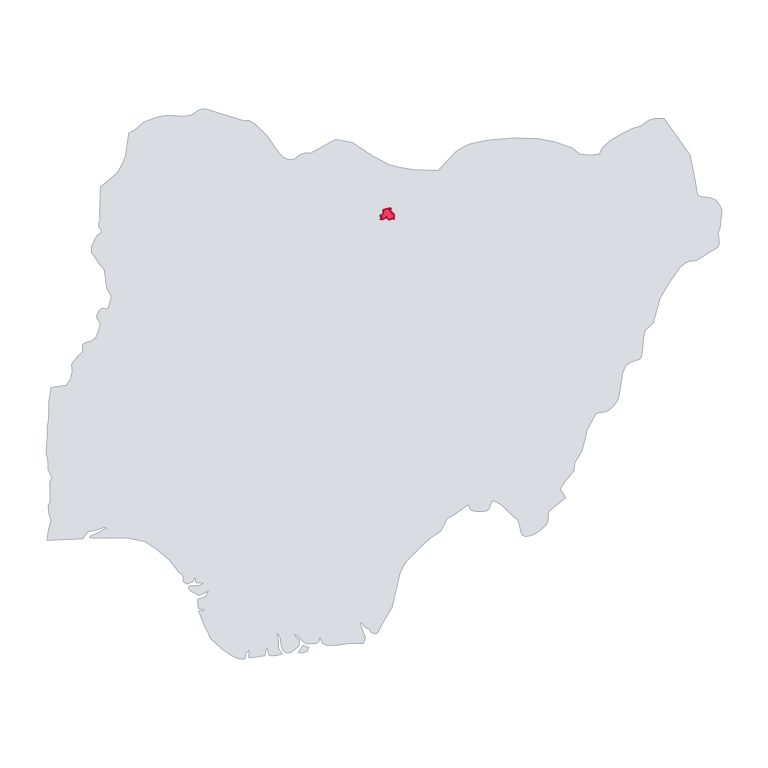 Gezawa, Kano, Nigeria shown in context
{"feature_id": "59680162B10012275275709", "entity_name": "Gezawa", "entity_type": "district", "adm_level": 2, "iso_a3": "NGA", "parent_name": "Nigeria", "parent_adm1": "Kano", "projection": "mercator", "projection_center": [8.662, 12.062], "detail": "fine", "context": "in_parent", "style": "filled", "palette": "rose", "viewbox_px": 768, "rotation_deg": 0, "n_neighbors": 0, "source": "geoboundaries", "source_scale": "gbopen_adm2", "svg_char_len": 5857}
<svg xmlns="http://www.w3.org/2000/svg" viewBox="0 0 768 768"><path d="M664.1,118.5L690.0,154.9L695.5,181.9L697.6,195.2L701.9,196.8L709.9,197.5L715.8,200.2L719.3,204.6L721.5,208.7L721.9,211.2L720.2,227.3L718.2,233.1L719.3,241.1L719.0,244.5L718.1,246.8L714.5,249.5L709.6,252.1L697.9,259.7L694.5,260.9L689.6,261.1L685.4,263.0L680.3,267.1L669.4,282.5L660.1,298.0L653.3,322.9L645.1,330.7L643.6,337.6L642.3,353.1L641.1,357.8L639.8,359.2L630.9,362.1L625.8,365.7L622.8,372.7L618.9,396.6L617.5,400.6L614.6,404.7L610.1,409.2L606.2,411.7L596.1,413.3L586.4,431.2L586.3,434.4L582.1,450.7L574.7,462.9L574.1,470.8L564.9,481.6L560.1,488.9L565.0,496.6L565.4,497.8L549.5,510.8L548.5,512.8L547.9,521.7L546.6,524.1L543.7,527.4L539.4,531.0L535.0,533.8L530.1,535.8L525.3,536.5L522.7,535.4L521.1,532.6L518.5,521.7L517.1,519.3L514.0,517.2L501.8,505.1L494.3,500.9L492.8,501.2L491.5,502.3L489.4,508.4L487.3,510.7L483.4,511.4L476.6,511.5L471.7,510.6L470.5,509.4L468.2,504.7L452.9,515.7L447.6,518.1L440.8,531.1L431.2,537.6L424.6,543.2L406.8,560.9L403.3,566.1L399.8,573.9L392.2,607.1L380.0,627.8L378.3,632.2L377.6,632.0L376.0,633.9L371.3,632.7L369.1,628.9L366.2,628.2L361.1,622.6L360.1,623.5L365.4,637.8L363.4,643.4L348.5,643.5L335.6,645.4L326.7,645.2L322.3,643.2L320.3,637.9L319.5,638.4L319.1,641.3L316.3,643.5L306.3,644.0L301.9,640.3L298.4,636.2L294.6,634.4L295.2,636.1L299.5,640.1L299.0,645.9L291.0,652.5L285.9,652.9L282.8,650.0L281.1,645.4L280.3,638.4L278.2,633.9L277.1,633.9L278.5,641.4L278.5,648.4L282.3,653.9L276.5,655.6L269.5,655.8L268.6,653.7L267.7,649.2L266.5,648.0L265.0,655.7L250.6,657.8L248.6,657.5L248.1,656.1L249.2,654.0L249.0,650.5L245.8,653.2L245.3,658.5L243.5,659.3L238.0,658.6L232.0,655.8L222.2,649.2L210.3,638.3L208.4,633.4L205.0,627.4L198.7,611.0L199.9,610.2L202.6,611.1L204.0,609.5L199.0,608.4L198.0,607.2L197.7,603.6L197.9,599.1L205.4,596.8L207.1,594.1L208.2,591.3L198.9,595.5L190.2,590.8L188.3,588.0L189.3,585.8L199.3,585.6L202.9,583.5L200.7,582.8L196.9,582.9L195.5,581.5L195.6,578.1L194.3,578.8L192.7,581.8L186.8,584.0L183.4,581.8L183.1,576.9L182.3,574.7L179.4,572.9L169.2,559.9L156.3,549.1L144.9,541.6L127.6,538.0L91.4,538.1L89.4,537.1L91.6,535.4L94.8,534.2L106.4,528.2L104.4,527.4L92.3,531.2L88.2,531.5L82.8,538.8L47.2,540.4L47.3,537.1L48.9,527.5L51.1,520.9L48.7,512.9L48.1,505.6L49.6,503.3L50.1,500.6L49.7,481.9L51.6,479.2L51.7,477.3L48.0,469.3L48.0,463.2L47.3,457.3L46.1,454.6L47.5,431.8L47.0,426.1L48.2,422.1L48.8,412.3L48.7,402.6L51.1,387.4L66.4,385.3L70.1,379.4L72.2,371.8L71.6,364.3L76.5,357.7L82.5,351.9L82.3,345.5L83.9,343.5L86.8,342.0L90.8,341.3L95.4,338.1L97.9,332.5L100.4,323.6L96.5,317.3L96.6,315.9L98.0,312.6L100.4,309.2L102.4,308.2L106.8,309.0L108.2,307.7L111.1,297.8L110.8,295.2L106.7,288.5L104.4,270.6L103.2,268.3L100.0,265.0L91.5,252.4L91.6,246.4L95.2,238.7L97.5,235.0L100.8,233.0L101.5,231.2L100.5,229.0L98.9,227.4L98.5,224.0L100.1,219.2L99.6,213.9L100.5,186.7L107.4,181.4L117.5,172.5L122.6,163.3L125.4,156.2L128.8,132.9L134.2,130.3L144.3,121.8L158.1,116.8L167.0,115.3L182.8,116.3L190.7,115.4L197.5,110.8L200.6,109.5L204.9,108.7L244.1,120.9L247.6,120.3L250.6,121.2L255.5,124.4L267.0,135.7L279.2,153.2L282.9,157.0L286.7,159.0L290.5,159.7L293.5,159.5L296.2,157.8L300.0,154.5L305.8,152.9L310.5,153.2L334.9,139.8L337.2,139.7L352.2,142.5L372.7,156.0L389.3,164.8L401.0,167.7L414.8,169.8L438.3,170.5L456.0,151.6L462.6,147.5L470.5,143.8L487.0,140.3L514.3,137.9L539.9,138.9L555.9,142.2L572.7,148.3L579.9,154.2L591.3,155.2L599.4,154.0L602.1,148.2L610.3,140.5L622.6,133.4L632.6,128.4L640.8,126.1L648.2,120.5L654.0,118.6L664.1,118.5ZM307.3,651.3L301.8,653.1L298.2,652.6L303.1,645.1L305.6,646.7L308.8,647.4L307.3,651.3Z" fill="#d9dde1" stroke="#a8b0b8" stroke-width="1"/><path d="M380.7,219.2L380.8,219.2L381.0,219.2L381.3,219.2L381.3,219.3L381.5,219.3L381.8,219.4L381.8,219.5L382.0,219.5L382.3,219.6L382.5,219.6L382.8,219.5L383.2,219.2L383.9,218.7L384.9,218.5L385.1,218.4L385.4,218.1L385.9,217.4L386.0,216.8L386.5,216.8L386.9,217.1L387.0,217.5L387.2,218.2L387.3,218.5L387.8,218.6L388.1,218.7L388.4,218.7L388.4,219.0L388.5,219.6L388.9,219.6L389.2,219.6L389.4,219.7L389.6,219.7L390.2,219.6L390.4,219.5L390.5,219.5L390.6,219.4L390.8,219.4L391.1,219.3L391.3,219.0L391.6,218.6L391.8,218.7L392.1,218.6L392.7,218.7L392.8,218.7L393.4,218.9L393.8,219.0L394.3,218.9L394.2,218.6L394.0,218.4L393.4,217.9L393.4,217.6L393.6,217.2L393.9,217.2L394.0,217.2L394.4,216.4L394.4,216.2L394.4,215.7L394.2,215.2L393.9,215.0L393.9,214.8L393.9,214.3L393.7,213.9L393.5,213.6L393.3,213.3L393.1,213.4L392.2,213.8L392.0,213.2L391.9,213.0L391.9,212.9L391.8,212.7L391.8,212.4L391.8,212.2L391.7,212.2L391.7,211.9L391.7,211.7L391.4,211.7L391.2,211.7L390.9,211.7L390.7,211.7L390.8,211.5L390.8,211.2L390.6,210.9L390.4,210.8L390.3,210.7L390.0,210.5L390.2,210.2L390.8,209.5L391.1,208.7L390.9,208.3L390.6,208.1L390.1,208.1L389.8,208.0L389.3,208.2L389.4,208.7L389.2,209.0L389.0,208.4L388.9,208.4L388.1,208.6L387.6,208.4L387.3,208.5L386.6,209.1L386.0,209.3L385.8,208.9L385.3,209.2L385.0,209.3L384.9,209.4L384.6,209.5L384.2,209.5L383.8,209.6L383.6,209.6L383.4,209.7L383.4,209.9L383.2,209.9L383.1,210.0L383.3,210.2L383.5,210.8L383.0,211.1L382.9,211.4L382.9,211.7L383.0,211.8L383.2,212.1L383.3,212.3L383.5,212.5L383.4,212.8L383.3,213.0L383.2,213.2L383.1,213.3L382.7,213.9L382.1,214.6L381.8,215.0L381.6,215.2L381.4,215.2L381.3,215.3L381.2,215.3L381.1,215.5L381.0,215.8L381.0,216.0L380.9,216.0L380.7,216.0L380.7,215.9L380.4,215.9L380.3,215.7L380.5,215.7L380.4,215.3L380.2,215.4L380.2,215.5L380.2,215.4L380.2,215.5L380.3,215.6L380.3,215.8L380.3,216.1L380.5,216.0L380.8,216.1L380.9,216.3L380.9,216.5L380.8,216.8L380.9,216.7L381.6,216.7L381.6,216.8L381.6,217.0L381.8,217.2L381.9,217.3L381.9,217.5L381.6,217.6L381.3,217.6L381.2,217.6L380.9,217.5L380.9,217.9L381.0,218.1L381.0,218.3L381.0,218.5L380.9,218.6L380.9,218.8L380.9,219.0L380.7,219.2Z" fill="#f43f5e" stroke="#9f1239" stroke-width="1.5"/></svg>